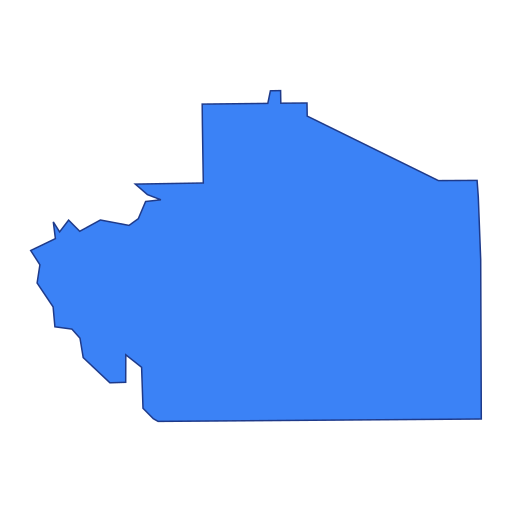 outline of Macon, Alabama, United States of America
{"feature_id": "52423323B34144827866245", "entity_name": "Macon", "entity_type": "district", "adm_level": 2, "iso_a3": "USA", "parent_name": "United States of America", "parent_adm1": "Alabama", "projection": "robinson", "projection_center": [-85.83, 32.414], "detail": "fine", "context": "isolated", "style": "filled", "palette": "blue", "viewbox_px": 512, "rotation_deg": 0, "n_neighbors": 0, "source": "geoboundaries", "source_scale": "gbopen_adm2", "svg_char_len": 621}
<svg xmlns="http://www.w3.org/2000/svg" viewBox="0 0 512 512"><path d="M135.3,184.1L147.4,194.6L160.9,199.8L145.6,201.5L138.3,218.7L129.0,225.4L100.4,220.0L79.7,231.3L68.6,220.1L59.6,231.9L53.3,221.9L55.4,238.6L30.7,250.5L39.9,264.8L37.1,283.0L53.1,306.9L54.9,326.8L71.9,329.1L80.0,338.2L83.2,357.6L109.9,382.8L125.7,382.3L125.8,354.8L141.6,367.3L143.0,408.3L153.3,418.7L158.1,421.4L481.3,419.0L480.7,259.7L478.3,197.2L477.1,180.4L438.4,180.6L307.2,116.1L307.0,103.0L280.8,103.2L280.6,90.6L270.4,90.8L267.8,103.4L202.2,104.1L202.4,124.3L203.3,183.0L135.3,184.1Z" fill="#3b82f6" stroke="#1e3a8a" stroke-width="1.5"/></svg>